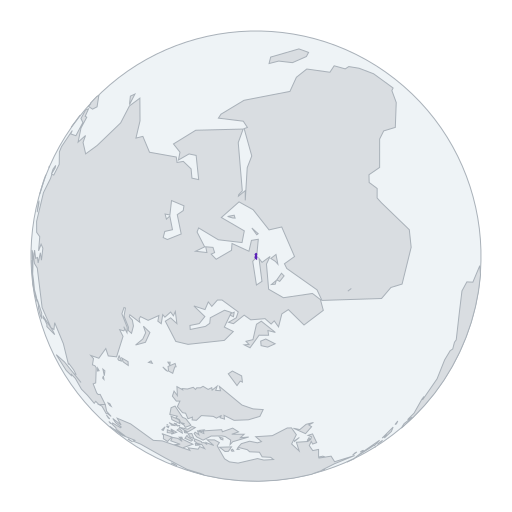 Vlorë on an orthographic globe, rotated 218°
{"feature_id": "ALB-1504", "entity_name": "Vlorë", "entity_type": "County", "adm_level": 1, "iso_a3": "ALB", "parent_name": "Albania", "parent_adm1": "", "projection": "orthographic", "projection_center": [19.787, 40.148], "detail": "fine", "context": "on_globe", "style": "filled", "palette": "violet", "viewbox_px": 512, "rotation_deg": 218, "n_neighbors": 0, "source": "natural_earth", "source_scale": "10m", "svg_char_len": 11226}
<svg xmlns="http://www.w3.org/2000/svg" viewBox="0 0 512 512"><g transform="rotate(218 256 256)"><circle cx="256" cy="256" r="225" fill="#eef3f6" stroke="#a8b0b8"/><path d="M161.3,51.6L168.7,48.8L162.4,51.5L166.3,50.3L174.5,47.1L179.0,45.4L203.6,40.9L231.2,36.7L238.9,34.5L238.0,36.2L252.1,32.1L266.5,31.7L250.8,32.8L249.6,33.6L259.6,33.4L260.5,34.3L265.9,34.9L266.2,36.1L257.0,37.3L256.9,38.3L264.0,38.2L268.8,39.8L258.3,39.8L265.5,42.7L251.4,46.5L223.4,47.5L216.0,52.6L188.4,62.1L191.3,63.1L182.7,68.1L183.0,71.2L177.8,72.6L182.5,74.0L187.2,72.2L190.8,72.3L191.4,74.2L184.9,76.1L183.6,75.5L182.0,77.0L178.5,77.3L180.6,78.2L172.6,80.7L181.3,81.1L175.5,85.5L170.0,86.4L169.7,82.5L155.9,76.8L150.2,77.4L142.6,81.8L130.1,97.3L124.2,100.0L116.9,106.4L120.5,106.4L127.5,101.5L132.5,103.5L140.5,97.8L143.7,98.0L152.3,94.2L152.0,99.1L147.0,106.1L139.8,109.7L137.4,113.1L145.0,113.4L132.5,124.5L125.5,139.7L122.2,142.4L114.2,140.0L112.2,129.8L101.9,128.9L109.5,134.1L101.0,141.7L100.0,145.1L101.0,147.7L104.6,146.7L101.9,150.6L93.3,146.3L95.6,142.7L98.3,143.9L97.3,139.4L91.5,137.6L87.6,142.1L82.9,136.1L80.1,139.4L77.5,140.3L82.3,135.2L73.6,144.5L67.4,142.3L55.4,159.5L66.2,140.7L69.4,133.9L72.3,127.8L70.2,130.4L76.8,120.1L77.7,118.3L89.3,104.5L101.9,91.7L115.5,79.9L130.0,69.3L145.3,59.8L161.3,51.6ZM57.5,149.5L55.4,153.6L53.6,157.1L57.5,149.5ZM44.5,178.3L44.4,178.7L44.3,178.9L44.5,178.3ZM35.5,209.8L34.8,213.6L35.7,211.2L36.1,215.1L33.6,225.1L35.8,220.4L34.7,229.5L37.0,244.7L36.2,245.7L37.7,270.7L43.4,290.3L44.7,301.0L43.7,303.8L46.5,310.2L46.6,313.2L61.6,337.7L72.2,355.3L73.9,365.4L69.0,368.9L73.7,386.2L67.5,379.4L59.2,365.6L51.9,351.3L45.6,336.5L40.4,321.2L36.3,305.7L33.3,289.8L31.4,273.8L30.7,257.8L31.2,241.7L32.8,225.6L35.5,209.8ZM52.2,164.3L45.2,186.9L45.9,179.6L46.4,179.6L48.8,172.6L52.3,162.8L53.9,157.4L52.2,164.3ZM56.3,161.8L57.3,158.6L56.8,161.0L56.3,161.8ZM180.8,44.6L174.6,47.0L166.8,49.9L171.9,47.6L180.8,44.6ZM195.7,40.6L193.1,41.6L189.0,42.1L191.8,41.3L195.7,40.6ZM244.3,33.1L239.0,33.5L243.8,32.9L244.3,33.1ZM266.6,34.8L267.8,34.5L270.1,35.0L266.6,34.8ZM151.9,91.9L152.1,93.1L150.4,93.2L151.9,91.9ZM155.5,89.3L153.4,88.6L154.8,87.3L156.1,87.8L155.5,89.3ZM272.6,37.5L275.9,38.6L270.9,37.6L272.6,37.5ZM157.8,90.5L157.5,85.1L160.0,82.9L166.9,82.9L157.8,90.5ZM276.8,39.5L284.9,42.8L288.3,42.2L283.4,46.2L278.1,41.7L271.4,40.4L276.0,40.4L276.8,39.5ZM188.4,70.9L183.4,72.9L187.1,69.6L188.4,70.9ZM189.9,68.8L195.8,59.4L203.5,57.7L199.9,61.0L209.4,57.9L210.2,61.6L205.2,64.2L200.1,64.4L204.3,65.7L189.9,68.8ZM279.4,48.2L280.0,49.4L277.6,48.4L279.4,48.2ZM192.6,72.1L193.1,70.2L199.8,68.6L199.9,72.1L197.7,71.5L192.6,72.1ZM211.5,55.4L216.5,55.0L218.5,57.8L220.8,58.1L210.9,61.5L211.5,55.4ZM196.5,72.8L199.9,74.0L197.3,76.6L192.5,73.9L196.5,72.8ZM201.4,66.7L204.6,66.2L202.9,67.6L201.4,66.7ZM189.9,87.0L190.3,84.4L193.8,83.2L189.9,87.0ZM201.3,74.3L202.2,73.5L203.6,72.8L205.2,74.2L201.3,74.3ZM213.0,63.5L212.8,64.9L217.2,62.2L218.9,64.5L212.0,66.4L215.7,66.6L216.2,67.3L210.0,68.2L213.0,63.5ZM211.2,73.7L203.1,77.5L201.4,82.3L198.2,83.4L201.4,75.4L211.2,73.7ZM211.0,70.3L210.4,72.6L206.8,72.6L205.0,71.1L211.0,70.3ZM222.5,65.4L221.7,61.4L223.2,61.1L222.5,65.4ZM211.5,75.0L213.4,74.1L211.8,75.4L211.5,75.0ZM219.9,68.3L219.4,66.8L221.2,66.6L219.9,68.3ZM217.8,73.7L215.1,74.8L213.8,73.7L217.8,73.7ZM219.3,71.2L221.9,71.2L214.9,72.7L218.8,70.6L219.3,71.2ZM221.7,68.3L222.5,67.7L221.6,69.0L221.7,68.3ZM224.3,77.5L215.9,79.5L212.9,77.0L221.5,75.3L224.3,77.5ZM139.1,358.4L123.6,323.8L130.3,314.3L130.9,299.8L176.7,261.6L187.1,266.9L224.0,265.1L228.8,267.4L225.3,279.3L253.6,294.7L261.8,284.6L286.7,290.7L302.7,288.2L307.0,265.0L280.7,268.6L275.3,258.0L295.7,245.6L318.5,242.8L317.2,238.6L302.1,231.6L306.6,222.5L296.8,228.5L301.3,232.3L295.2,236.3L290.7,233.2L292.5,229.9L285.4,228.9L278.8,245.4L282.6,251.1L264.5,255.4L269.2,265.5L264.5,270.6L254.9,255.6L255.3,249.8L237.8,233.4L235.7,239.7L252.1,255.9L247.3,254.7L244.6,264.3L242.8,256.1L225.6,237.6L208.7,240.0L188.5,261.2L178.4,261.3L169.5,254.6L175.7,231.2L197.5,233.7L200.0,226.3L194.6,214.0L201.7,216.1L202.2,211.7L210.3,212.2L220.8,202.5L228.9,202.1L232.1,188.8L236.8,186.9L233.5,195.2L235.6,201.0L255.7,200.4L259.3,197.5L259.8,189.1L265.3,190.4L263.2,182.4L274.2,178.4L259.0,176.8L259.1,167.8L265.3,160.6L262.6,157.6L252.5,169.4L251.0,174.5L254.0,179.2L247.4,193.9L240.7,196.3L237.2,180.5L227.4,182.5L229.0,170.0L255.2,144.5L266.6,139.3L287.3,148.8L285.2,154.7L276.7,154.0L285.4,162.6L284.3,158.0L288.8,159.3L290.1,151.7L293.4,152.4L289.0,144.3L293.2,144.2L295.9,149.3L301.4,138.9L309.8,137.1L309.4,134.5L306.7,132.2L319.2,132.0L318.4,130.1L314.0,129.4L309.5,125.4L306.5,118.4L310.9,118.7L312.6,121.3L323.0,127.4L326.8,134.6L328.3,134.1L326.1,127.9L313.5,120.4L310.4,116.1L316.7,118.9L314.2,117.5L314.1,115.6L318.1,114.0L311.3,110.8L303.8,90.7L310.9,86.3L317.4,90.6L316.9,78.7L325.0,75.9L320.9,75.1L317.9,69.6L315.3,70.3L313.1,69.6L304.2,57.3L305.6,55.0L297.2,50.0L295.1,49.7L293.6,51.0L283.4,46.2L288.3,42.2L292.8,42.8L292.8,40.3L303.1,42.5L311.6,43.6L322.9,48.3L328.6,49.1L327.9,48.1L335.2,49.0L352.7,55.3L341.6,54.6L316.0,48.6L326.7,51.1L325.2,52.0L329.6,54.0L337.0,56.0L337.3,55.3L353.8,68.3L373.6,79.5L370.0,73.7L373.5,73.3L392.8,83.7L420.9,111.8L425.9,113.7L430.0,117.7L434.1,124.3L428.2,118.5L427.3,120.3L423.4,116.4L427.9,125.8L422.5,120.6L428.8,131.0L432.6,133.0L430.5,126.2L438.3,138.1L443.4,139.6L450.2,148.2L462.5,175.1L465.7,190.8L467.2,194.6L465.2,195.3L467.5,207.1L475.1,217.1L476.6,222.6L478.0,241.8L477.2,238.1L472.0,239.9L474.6,254.6L478.6,256.6L480.2,266.2L478.6,268.9L476.6,260.9L474.8,261.2L472.7,249.1L466.3,236.2L464.5,246.0L462.2,239.0L453.1,231.6L449.2,245.3L444.6,277.5L448.1,296.3L444.7,308.9L430.6,291.1L423.2,275.0L418.8,280.6L403.8,272.2L379.8,284.9L375.8,281.1L371.5,285.8L360.8,284.7L354.4,277.9L348.2,280.9L365.1,298.4L371.6,295.2L376.2,283.9L379.8,291.0L390.0,293.5L380.9,318.0L344.3,348.1L339.8,334.4L306.9,298.9L307.4,293.8L307.2,293.2L306.7,292.3L304.7,300.9L298.7,293.2L317.3,320.2L320.9,332.2L343.8,349.1L341.9,352.0L349.0,354.4L370.5,341.5L370.9,346.2L361.3,371.3L330.6,406.6L334.2,421.7L331.1,434.6L310.9,446.3L311.5,454.0L300.9,458.4L299.5,462.4L290.4,467.4L275.5,472.0L251.4,472.8L250.8,470.0L240.0,463.3L225.4,443.1L232.4,433.2L230.6,424.3L213.1,401.9L217.0,389.6L212.1,383.6L202.1,383.8L196.3,376.3L190.2,375.2L151.4,371.1L139.1,358.4ZM162.0,284.8L160.9,289.1L162.0,284.8ZM343.7,251.2L356.7,247.7L349.1,235.3L353.5,233.1L349.3,229.9L348.5,234.4L338.0,225.3L343.0,219.2L340.5,213.4L336.0,214.4L328.5,227.3L343.5,240.1L341.3,247.0L343.7,251.2ZM37.1,245.0L37.1,248.8L36.5,246.4L37.1,245.0ZM44.4,182.3L43.7,185.6L42.8,188.7L43.0,186.8L44.4,182.3ZM42.7,208.8L42.7,213.3L42.0,210.2L42.7,208.8ZM44.5,190.2L42.6,205.6L41.3,201.1L42.8,191.6L42.7,195.8L44.5,190.2ZM53.2,165.6L52.4,168.1L51.5,169.2L53.2,165.6ZM56.0,163.6L56.0,163.0L57.1,160.7L56.0,163.6ZM101.5,141.9L102.1,142.4L102.4,145.5L100.7,145.1L101.5,141.9ZM112.9,154.2L108.2,160.2L110.4,155.4L107.1,155.7L107.6,146.5L120.5,143.3L114.6,146.2L112.9,154.2ZM111.9,134.0L110.1,139.7L111.5,133.6L111.9,134.0ZM196.8,188.5L199.9,191.8L197.2,196.6L186.9,198.6L190.7,191.4L196.8,188.5ZM204.8,195.5L204.2,180.0L210.6,178.7L207.1,182.0L211.4,182.6L206.9,188.2L213.6,202.5L211.7,207.9L193.7,207.7L200.7,204.6L197.3,201.3L204.8,195.5ZM191.4,147.7L191.2,142.2L205.3,146.1L203.8,150.8L193.5,152.7L189.1,148.3L191.4,147.7ZM169.9,92.1L168.9,90.7L170.8,90.0L173.1,90.7L169.9,92.1ZM189.8,85.8L176.1,98.0L174.3,96.8L168.4,106.0L161.4,106.7L165.4,100.6L155.6,108.3L156.4,103.2L150.3,108.9L160.0,95.3L160.3,91.4L162.6,95.4L169.1,94.8L172.0,93.3L180.5,86.5L184.4,78.3L191.4,76.9L195.4,78.0L195.5,79.7L190.9,80.0L194.4,82.2L187.8,84.0L189.8,85.8ZM237.4,99.1L232.0,97.6L237.9,104.4L231.4,105.4L232.5,106.1L228.1,109.0L224.6,113.9L221.5,113.6L221.5,115.7L218.6,117.9L217.5,120.7L211.6,121.4L209.8,125.0L208.0,123.3L206.5,129.5L205.0,125.3L201.0,128.0L204.6,130.7L175.3,129.9L164.2,133.7L155.8,139.4L154.2,132.0L161.1,122.3L172.1,113.0L183.1,110.8L180.4,108.1L184.8,106.4L185.1,109.2L187.3,103.9L191.0,103.3L200.8,96.6L201.8,89.9L205.4,87.5L206.9,89.9L209.4,85.9L214.7,88.8L217.4,87.3L225.2,88.9L226.6,94.8L229.5,92.6L235.6,94.1L237.4,99.1ZM226.4,78.1L229.5,84.2L227.4,87.9L214.5,83.6L211.4,84.6L203.1,82.6L206.3,77.4L208.3,78.4L211.1,78.2L209.0,79.9L212.8,78.4L215.7,79.9L219.5,79.2L219.4,81.3L226.4,78.1ZM233.7,263.0L237.3,263.7L242.8,263.2L241.2,269.5L233.7,263.0ZM221.7,250.6L224.9,250.0L225.3,258.1L221.6,257.6L221.7,250.6ZM226.3,243.0L225.0,249.3L223.5,245.6L226.3,243.0ZM236.4,194.3L239.8,193.4L240.3,195.3L238.6,198.3L236.4,194.3ZM253.6,121.5L250.8,119.5L251.7,118.5L249.4,112.3L254.1,111.5L257.3,114.8L253.6,121.5ZM302.7,269.7L298.3,274.7L295.8,273.0L297.8,271.6L302.7,269.7ZM268.5,273.2L276.5,275.5L268.0,274.9L268.5,273.2ZM258.3,119.5L256.8,117.0L260.1,118.1L258.3,119.5ZM257.4,110.5L261.2,111.2L254.4,110.7L257.4,110.5ZM366.9,421.8L349.7,445.6L339.9,448.8L339.1,444.2L346.3,430.8L358.1,423.6L364.2,415.7L366.9,421.8ZM479.6,283.9L478.6,285.6L473.1,275.7L475.2,271.1L480.1,270.7L479.9,274.2L480.5,274.5L480.1,279.3L479.6,283.9ZM481.3,258.8L481.3,256.9L481.1,250.3L481.1,246.9L480.9,243.6L481.3,258.8ZM448.9,297.4L453.4,304.6L451.1,309.1L448.9,297.4ZM474.2,199.9L473.7,198.0L474.2,199.9ZM471.6,190.7L471.4,190.1L470.8,188.1L471.0,188.7L471.6,190.7ZM469.4,199.5L469.6,204.1L468.5,201.7L467.6,194.5L469.4,199.5ZM455.4,155.8L459.6,162.9L461.1,166.0L459.2,163.3L455.4,155.8ZM296.1,111.7L294.1,120.9L295.7,127.6L301.5,131.4L292.5,130.4L290.0,119.9L296.1,111.7ZM302.4,93.1L297.3,90.4L300.0,89.3L301.5,89.8L302.4,93.1ZM299.0,93.0L291.8,94.0L289.3,91.1L295.4,90.8L299.0,93.0ZM275.2,106.0L274.2,108.7L271.6,107.6L275.2,106.0ZM470.5,187.0L470.8,188.2L465.8,175.2L464.6,171.7L468.9,182.6L469.1,182.9L470.5,187.0ZM430.2,114.8L427.6,112.3L425.2,108.8L427.6,111.5L430.2,114.8ZM414.8,96.7L423.7,107.1L430.4,116.4L430.6,115.9L436.3,122.8L433.4,120.7L425.2,110.2L420.9,104.3L415.8,99.3L409.8,93.0L404.1,88.7L400.0,85.1L403.9,87.4L414.8,96.7ZM401.7,87.1L389.5,78.9L387.0,75.2L389.1,76.2L395.8,81.4L396.7,83.0L401.7,87.1ZM385.8,76.0L386.6,77.6L370.3,72.1L366.2,70.1L377.3,71.6L378.6,73.3L383.1,75.6L385.8,76.0ZM282.2,49.2L280.2,49.4L281.0,48.5L282.2,49.2ZM311.8,70.2L309.0,69.0L310.1,67.8L311.8,70.2ZM301.7,65.4L302.4,67.5L299.8,65.1L301.7,65.4ZM304.4,72.5L301.8,68.3L307.0,72.6L304.4,72.5Z" fill="#d9dde1" stroke="#a8b0b8" stroke-width="1"/><path d="M257.5,257.3L257.5,257.5L257.4,257.8L257.3,258.0L257.2,258.0L257.1,257.9L256.9,257.8L256.7,257.8L256.6,257.7L256.6,257.4L256.7,257.2L256.4,257.0L256.4,256.9L256.5,256.8L256.4,256.8L256.3,256.5L256.3,256.4L256.2,256.4L255.9,256.3L255.9,256.2L255.6,256.1L255.4,256.0L255.3,255.9L255.2,255.8L255.1,255.7L254.8,255.4L254.7,255.4L254.7,255.2L254.5,254.9L254.8,255.0L254.9,255.3L255.0,255.3L255.0,255.2L255.1,254.9L255.0,254.7L254.9,254.6L254.8,254.4L254.8,254.5L255.0,254.6L255.0,254.4L254.9,254.3L254.6,254.0L254.8,254.0L255.0,254.0L255.3,254.3L255.5,254.4L255.6,254.5L255.8,254.5L255.9,254.8L256.0,254.9L256.0,255.0L255.9,255.2L255.9,255.3L256.0,255.3L256.1,255.5L256.2,255.8L256.3,256.0L256.5,256.3L256.8,256.4L257.0,256.6L257.2,256.8L257.3,256.8L257.3,257.0L257.5,257.1L257.5,257.3L257.5,257.3Z" fill="#8b5cf6" stroke="#5b21b6" stroke-width="1.5"/></g></svg>